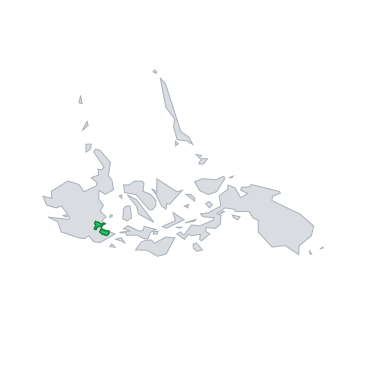 Philippines, with Agusan del Norte highlighted, rotated 116°
{"feature_id": "PHL-2587", "entity_name": "Agusan del Norte", "entity_type": "Province", "adm_level": 1, "iso_a3": "PHL", "parent_name": "Philippines", "parent_adm1": "", "projection": "mercator", "projection_center": [125.494, 9.026], "detail": "fine", "context": "in_parent", "style": "filled", "palette": "green", "viewbox_px": 384, "rotation_deg": 116, "n_neighbors": 0, "source": "natural_earth", "source_scale": "10m", "svg_char_len": 4764}
<svg xmlns="http://www.w3.org/2000/svg" viewBox="0 0 384 384"><g transform="rotate(116 192 192)"><path d="M178.9,65.5L193.4,72.1L201.5,68.7L199.3,84.9L206.4,95.9L199.0,114.9L188.5,120.0L188.7,125.3L184.6,132.3L190.4,144.0L189.1,147.2L191.8,155.4L200.5,160.2L200.2,155.8L208.5,152.4L214.5,155.0L217.7,163.8L221.5,162.1L221.9,157.6L231.6,162.0L231.4,164.3L226.4,165.9L231.6,173.4L231.0,176.5L237.9,178.0L236.3,187.3L232.8,184.9L234.1,180.4L221.8,177.9L218.9,169.9L207.9,160.6L205.4,161.1L209.3,170.9L208.0,174.9L203.7,168.4L192.0,160.0L183.6,165.8L173.9,161.1L169.9,162.7L169.5,155.0L175.8,145.9L168.9,141.2L169.0,149.1L166.1,149.7L162.4,142.9L159.2,141.8L153.2,113.5L154.3,112.1L160.7,117.7L164.7,116.4L164.5,85.5L169.2,67.7L178.9,65.5ZM263.6,242.9L277.6,252.3L279.8,258.7L276.6,265.7L281.0,267.9L282.8,273.4L285.2,292.1L277.6,299.8L277.6,310.4L270.5,290.4L267.9,291.8L261.9,303.0L265.9,307.3L267.5,316.8L261.2,324.2L259.0,315.1L253.1,318.8L236.6,308.5L234.8,297.0L239.1,289.2L228.6,280.9L225.3,281.1L223.3,288.9L217.6,283.2L212.7,286.6L211.7,282.8L208.3,282.0L199.1,297.9L195.7,297.5L194.9,293.0L201.1,278.4L214.0,274.3L216.7,268.9L224.2,263.6L232.2,268.9L231.2,276.4L239.0,272.9L243.0,265.6L249.3,266.3L252.0,258.3L257.2,260.3L258.6,257.2L264.2,257.5L263.6,242.9ZM222.0,252.4L215.6,256.6L213.2,251.5L207.3,248.3L204.1,241.6L205.5,238.8L212.9,236.4L212.2,228.2L215.4,220.6L220.7,218.5L225.6,219.9L226.7,222.7L218.9,240.8L222.0,252.4ZM259.2,188.1L264.9,194.8L264.0,206.6L268.8,217.4L259.0,215.5L255.2,211.6L252.9,207.3L254.4,203.2L243.8,195.6L240.8,187.3L259.2,188.1ZM194.7,201.5L212.6,206.6L213.7,209.7L218.8,207.8L218.1,212.7L211.3,221.9L195.5,229.3L198.4,205.7L194.7,201.5ZM127.2,252.7L103.7,270.2L106.2,263.4L142.5,228.7L144.1,218.9L148.9,212.2L148.4,219.3L151.5,228.2L141.9,236.9L134.0,239.7L127.2,252.7ZM165.4,168.4L180.9,170.1L187.1,176.1L187.4,185.9L181.6,194.3L175.5,188.4L170.2,175.4L164.1,170.5L165.4,168.4ZM246.3,211.6L253.2,211.0L255.0,214.2L254.8,222.6L259.7,232.0L257.3,234.4L254.3,230.9L255.0,237.4L250.3,234.8L250.4,222.7L248.0,219.1L243.8,219.9L241.5,207.8L246.3,211.6ZM222.9,248.9L223.2,238.7L235.9,213.0L235.2,230.2L229.3,235.6L222.9,248.9ZM246.6,242.3L237.5,246.0L233.9,245.5L231.6,241.7L241.6,234.9L246.3,237.6L246.6,242.3ZM220.3,187.0L235.9,199.2L236.0,203.5L224.9,194.3L218.8,200.1L220.3,187.0ZM242.0,166.1L238.5,168.1L235.9,165.5L239.5,157.2L243.2,161.4L242.0,166.1ZM202.6,304.7L195.6,308.3L193.1,303.5L197.5,302.0L202.6,304.7ZM155.4,192.6L162.0,194.2L163.7,198.3L157.8,198.4L155.4,192.6ZM194.7,168.0L198.6,169.5L196.4,174.7L193.0,172.2L194.7,168.0ZM177.7,314.5L184.9,317.6L174.6,317.3L177.7,314.5ZM267.9,239.8L264.1,235.8L267.4,229.4L267.0,233.3L267.9,239.8ZM199.2,185.6L196.6,196.5L194.9,192.0L196.4,186.7L199.2,185.6ZM160.8,329.4L161.3,332.6L154.1,334.5L160.8,329.4ZM197.0,138.7L196.8,143.6L195.1,145.7L193.2,138.0L197.0,138.7ZM209.9,223.5L206.8,229.7L206.8,226.1L209.9,223.5ZM158.3,200.2L156.5,204.7L154.9,199.5L158.3,200.2ZM246.9,208.6L244.5,208.8L242.1,205.2L245.0,204.8L246.9,208.6ZM208.1,188.8L208.0,192.9L204.6,189.6L208.1,188.8ZM277.2,242.0L273.7,241.3L275.3,236.9L277.2,242.0ZM216.6,176.5L222.9,184.7L214.9,176.6L216.6,176.5ZM157.7,226.9L153.6,229.1L154.7,225.5L157.7,226.9ZM228.4,252.3L227.7,255.7L225.3,254.0L228.4,252.3ZM229.5,186.5L230.8,191.3L227.8,185.2L229.5,186.5ZM101.0,279.6L98.8,279.4L99.3,276.4L100.9,276.0L101.0,279.6ZM250.8,254.9L248.0,255.2L247.8,253.3L249.4,253.0L250.8,254.9ZM269.7,297.6L267.8,295.5L268.4,293.3L269.7,294.4L269.7,297.6ZM161.7,162.4L162.9,165.1L159.6,161.9L161.7,162.4ZM259.0,235.8L260.1,239.4L257.1,235.0L259.0,235.8ZM196.1,58.5L193.0,60.9L195.3,57.4L196.1,58.5ZM199.8,157.8L195.5,155.7L195.6,154.2L199.8,157.8ZM184.6,49.5L187.3,52.1L184.2,50.3L184.6,49.5Z" fill="#d9dde1" stroke="#a8b0b8" stroke-width="1"/><path d="M264.5,257.4L264.7,257.2L264.9,256.8L265.0,256.1L265.0,254.0L265.0,253.7L264.8,253.5L264.7,253.3L264.6,253.0L264.6,252.9L264.6,252.5L264.6,252.4L264.6,252.2L264.4,251.8L264.3,251.3L263.9,250.7L263.8,250.1L263.7,249.9L263.6,249.7L263.6,249.1L264.5,248.7L265.2,248.6L265.8,248.7L266.6,248.8L267.4,249.0L267.7,249.2L267.9,249.3L268.1,249.5L268.6,250.0L268.8,250.5L268.9,251.0L268.6,251.6L268.6,251.9L268.7,252.4L268.8,252.8L269.0,253.2L269.4,253.6L268.3,257.5L264.5,257.4ZM258.5,256.1L258.9,256.2L259.2,256.7L259.7,257.4L260.1,257.7L260.6,257.9L261.8,257.9L262.7,258.1L263.1,258.1L263.5,260.2L264.5,261.7L267.6,261.7L267.9,262.2L268.2,263.1L268.1,263.4L267.5,263.8L267.4,263.9L264.9,263.6L264.0,264.1L263.3,265.2L262.9,265.7L262.4,265.8L260.7,265.8L260.7,264.1L260.2,262.9L260.2,262.0L260.8,260.0L259.9,258.8L259.0,258.0L259.0,257.6L258.8,257.4L258.7,257.3L258.5,257.1L258.5,256.9L258.5,256.4L258.5,256.2L258.5,256.1Z" fill="#22c55e" stroke="#15803d" stroke-width="1.5"/></g></svg>